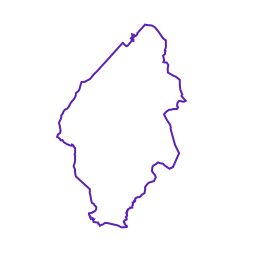 outline of Ado Odo/Ota, Ogun, Nigeria, rotated 132°
{"feature_id": "59680162B74094197759690", "entity_name": "Ado Odo/Ota", "entity_type": "district", "adm_level": 2, "iso_a3": "NGA", "parent_name": "Nigeria", "parent_adm1": "Ogun", "projection": "mercator", "projection_center": [3.173, 6.633], "detail": "fine", "context": "isolated", "style": "outline", "palette": "violet", "viewbox_px": 256, "rotation_deg": 132, "n_neighbors": 0, "source": "geoboundaries", "source_scale": "gbopen_adm2", "svg_char_len": 5173}
<svg xmlns="http://www.w3.org/2000/svg" viewBox="0 0 256 256"><g transform="rotate(132 128 128)"><path d="M37.5,158.6L37.7,159.2L37.9,161.0L37.7,162.9L36.5,167.6L35.5,172.4L35.2,175.7L35.9,178.9L39.1,183.2L39.7,184.5L47.8,184.5L51.4,184.5L52.1,183.8L54.0,183.9L54.6,183.9L55.1,184.1L55.6,184.3L54.8,186.0L55.6,187.6L57.2,185.8L59.5,185.8L59.4,185.0L58.8,184.6L58.4,184.6L57.8,184.2L58.9,183.0L59.6,182.3L60.7,183.7L63.3,183.5L66.6,183.3L68.3,183.9L68.4,185.9L68.2,188.6L68.3,188.9L72.9,188.9L77.3,188.9L88.9,188.9L93.4,188.9L98.7,189.0L102.2,189.0L103.2,188.9L103.9,189.0L105.9,188.9L110.5,189.3L117.0,189.0L122.7,191.1L125.0,193.3L128.4,191.7L131.7,190.0L132.5,189.8L133.0,189.7L133.6,189.6L134.0,189.6L135.0,189.7L136.8,190.0L139.4,188.3L142.7,187.5L144.5,187.5L147.2,187.4L147.5,187.4L149.7,186.8L152.3,186.2L154.9,186.2L156.4,187.1L158.9,187.0L160.8,186.1L163.2,186.1L164.6,184.7L166.8,183.8L170.1,182.9L171.3,181.5L172.0,180.1L172.3,179.8L174.3,177.3L174.8,176.7L175.3,176.2L176.2,175.6L177.1,175.2L179.7,175.7L181.9,174.8L182.1,174.7L181.6,173.0L181.6,171.2L182.1,170.6L182.0,169.4L180.8,168.6L181.5,166.4L181.5,166.0L181.4,165.4L181.2,164.2L180.7,162.1L180.5,161.4L180.1,160.4L179.5,159.0L179.3,158.8L178.5,157.9L177.8,158.4L177.6,157.6L177.6,156.7L178.2,156.1L178.4,153.8L181.8,150.7L183.5,149.9L183.8,148.8L186.2,147.1L186.9,146.0L189.9,144.1L192.1,143.3L192.8,142.7L193.1,142.3L194.1,139.9L194.6,139.3L196.2,137.8L196.9,137.0L197.4,136.4L198.9,134.3L199.0,117.7L199.0,117.2L199.0,116.7L199.1,115.3L200.5,114.0L201.3,113.5L201.8,113.0L202.1,112.6L202.9,111.3L205.2,108.4L206.3,107.1L207.3,105.5L207.7,104.8L207.6,104.3L207.5,103.8L207.3,102.6L207.8,101.3L208.0,98.6L209.2,97.6L210.5,97.1L211.1,97.0L211.7,97.0L213.1,97.3L213.5,97.8L214.8,97.9L217.5,99.9L217.7,99.7L218.0,99.5L218.5,98.9L218.7,98.0L219.0,96.6L219.6,96.7L219.9,95.7L220.5,94.9L220.5,94.7L219.1,94.3L218.8,94.2L218.7,94.1L219.1,93.5L218.9,93.3L219.4,92.8L219.2,92.5L219.0,92.3L219.7,92.3L219.7,91.9L220.3,91.6L220.4,91.3L220.5,91.0L220.7,90.8L220.8,90.7L220.1,89.6L218.9,87.7L218.3,86.8L218.4,86.6L218.5,86.5L218.7,86.4L218.8,86.2L219.0,86.0L218.9,85.9L218.8,85.7L218.9,85.3L219.0,85.0L219.1,84.5L219.2,84.1L219.3,83.7L219.4,83.4L218.7,83.3L218.4,83.2L217.8,83.0L217.6,82.8L217.1,82.4L216.8,82.2L216.5,82.1L215.4,81.9L214.8,81.8L214.1,81.6L213.9,81.6L213.7,81.3L213.4,81.0L213.1,80.6L212.2,79.3L211.4,77.9L210.3,75.9L209.9,75.2L209.5,74.4L209.3,74.2L208.8,73.2L208.5,72.7L207.7,71.3L207.5,70.8L207.3,70.4L207.1,69.8L206.9,69.0L206.4,67.0L206.1,66.4L205.8,66.0L205.4,65.5L204.6,64.8L204.2,64.4L203.3,63.5L202.5,62.7L202.4,62.7L202.4,62.9L202.2,62.8L201.9,62.9L201.7,63.0L201.9,63.7L201.9,63.9L201.4,66.1L201.5,66.5L201.3,66.7L200.7,67.4L200.5,68.0L200.5,68.4L200.3,68.4L200.2,68.4L199.8,68.6L199.6,68.7L199.4,68.6L199.2,68.6L198.7,68.5L198.4,68.5L198.2,68.5L198.0,68.4L197.9,68.3L197.7,68.2L197.3,68.0L196.8,67.8L196.7,67.9L196.3,68.3L196.2,68.4L196.0,68.7L195.9,68.9L195.8,69.3L195.7,69.5L195.6,70.1L195.3,70.1L194.9,70.0L194.7,69.9L194.2,69.9L193.9,69.9L193.8,70.1L193.7,70.2L193.6,70.3L193.4,70.7L193.3,71.0L193.1,71.1L192.9,71.0L192.7,71.3L192.1,71.8L192.1,72.0L192.2,72.5L191.7,72.5L191.1,72.5L190.9,72.5L190.8,72.8L190.7,73.0L190.4,73.1L190.2,73.2L190.1,73.3L189.7,73.1L189.3,73.2L188.9,73.4L188.5,73.4L188.3,73.4L188.2,73.4L188.2,73.5L187.8,73.4L187.4,73.2L187.0,73.1L186.7,73.0L186.5,72.9L186.2,72.9L185.9,73.0L185.7,73.1L185.6,72.8L185.6,72.7L185.3,72.5L185.2,72.4L184.6,72.0L184.3,71.6L183.8,72.1L183.7,72.2L183.6,72.3L183.4,72.4L182.9,72.7L182.4,72.9L182.2,73.0L182.2,72.9L181.8,72.9L181.7,73.0L181.4,73.4L181.3,73.6L181.2,73.7L180.8,73.8L180.7,73.9L180.5,74.0L180.4,74.0L180.2,74.5L180.1,74.4L179.6,74.3L179.3,74.3L179.2,74.3L179.0,74.0L178.9,73.9L178.6,74.0L178.4,74.1L178.4,74.3L178.1,74.6L177.9,74.3L177.7,73.9L177.5,74.0L177.4,74.0L177.2,74.0L176.9,74.2L176.9,74.4L176.8,74.5L176.6,74.7L176.5,74.8L176.3,74.9L175.8,75.1L175.3,75.3L175.2,75.4L174.9,75.2L174.5,75.1L174.3,75.0L173.9,74.9L173.6,74.8L173.4,74.7L173.0,74.6L172.8,74.5L172.7,74.3L172.4,74.0L172.2,73.8L172.0,73.6L171.9,73.5L171.8,73.2L171.5,73.1L171.2,73.1L170.9,73.1L170.5,73.0L170.1,73.0L169.8,73.1L169.4,73.1L169.1,73.1L168.8,73.0L168.6,73.0L168.1,73.1L167.9,73.0L167.6,72.9L167.2,72.7L166.8,72.6L166.5,72.5L165.6,72.1L164.8,72.4L164.0,73.0L162.9,73.8L161.9,74.3L160.6,75.7L157.8,76.1L154.7,76.0L150.2,73.2L146.0,74.4L145.0,76.3L144.3,80.4L143.8,81.6L140.5,83.8L139.1,84.0L135.8,83.0L133.6,82.7L132.2,79.7L131.1,78.0L131.3,75.4L130.5,69.9L127.4,68.7L127.0,68.4L112.5,73.2L110.9,77.3L109.0,81.9L103.3,90.9L100.3,95.5L99.9,95.9L99.1,96.5L98.1,97.7L97.3,99.2L96.8,101.4L96.0,104.4L95.0,107.2L93.9,110.3L90.7,110.5L87.0,109.7L85.5,108.2L84.1,107.3L83.2,106.6L81.3,104.5L80.7,104.3L79.7,104.4L79.2,104.7L79.3,105.2L79.1,105.5L78.8,105.7L78.7,106.4L77.7,107.1L76.2,108.0L75.1,108.2L74.3,108.2L73.0,107.6L71.7,104.7L70.9,104.0L69.2,103.3L68.4,109.6L66.7,110.1L64.7,114.5L61.5,118.1L57.6,121.7L57.8,126.5L58.8,129.3L60.1,135.4L57.4,138.2L54.2,140.2L53.5,143.1L55.4,145.7L53.3,146.6L50.7,150.4L48.0,150.1L47.0,151.1L45.7,151.7L45.8,152.5L43.3,153.6L42.2,154.2L37.5,158.6Z" fill="none" stroke="#5b21b6" stroke-width="2"/></g></svg>